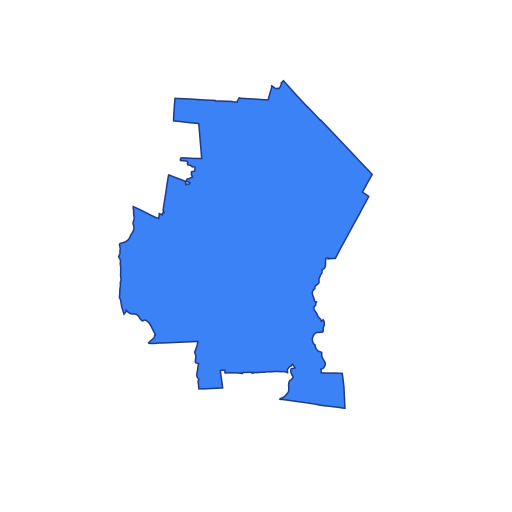 Vidra, Ilfov, Romania, rotated 56°
{"feature_id": "2599482B96476332132739", "entity_name": "Vidra", "entity_type": "district", "adm_level": 2, "iso_a3": "ROU", "parent_name": "Romania", "parent_adm1": "Ilfov", "projection": "robinson", "projection_center": [26.154, 44.284], "detail": "fine", "context": "isolated", "style": "filled", "palette": "blue", "viewbox_px": 512, "rotation_deg": 56, "n_neighbors": 0, "source": "geoboundaries", "source_scale": "gbopen_adm2", "svg_char_len": 6104}
<svg xmlns="http://www.w3.org/2000/svg" viewBox="0 0 512 512"><g transform="rotate(56 256 256)"><path d="M179.9,370.4L181.2,370.4L183.1,370.6L184.5,371.2L186.5,372.9L189.6,374.4L193.1,376.8L196.6,379.3L199.6,380.8L200.7,381.5L201.8,383.1L204.9,385.1L207.1,387.2L210.7,389.8L213.6,392.1L214.6,392.6L216.6,392.8L218.1,393.5L223.1,395.8L230.4,397.9L229.3,394.3L228.6,393.9L230.0,393.7L230.4,393.6L231.8,393.1L232.5,392.9L233.5,392.4L234.0,392.0L234.9,390.9L235.9,389.5L236.3,388.9L237.3,388.1L237.9,387.7L238.7,387.4L239.3,387.2L240.1,387.1L242.2,387.1L244.0,387.2L245.5,386.8L246.1,386.5L246.6,386.2L246.5,385.4L246.6,384.7L246.9,384.1L247.9,383.0L252.1,382.0L255.9,382.3L265.1,383.5L265.0,384.0L265.5,384.7L266.7,385.8L267.9,393.6L268.4,393.6L269.4,392.7L270.1,391.5L272.2,388.3L272.7,387.5L272.9,386.8L277.8,379.0L294.3,352.0L297.0,354.5L299.8,358.2L301.4,360.6L301.8,360.8L302.8,361.1L304.3,361.3L305.2,361.6L307.9,363.9L309.1,365.1L310.1,365.6L310.7,365.7L312.7,364.2L313.3,363.8L315.6,366.3L317.3,367.7L319.5,369.9L321.4,371.6L322.7,372.3L324.1,372.5L325.6,372.4L326.3,372.5L326.8,372.9L327.2,373.9L328.2,374.6L330.3,375.5L334.2,377.7L337.0,373.5L342.8,364.0L346.7,357.4L346.2,357.1L345.0,356.5L330.8,349.6L333.2,345.7L334.5,346.5L335.7,347.0L338.5,342.6L342.2,337.2L345.7,333.1L344.9,332.7L347.0,329.2L348.0,327.7L350.0,324.6L350.8,324.9L351.7,323.3L351.3,323.1L353.0,320.4L353.2,320.5L353.7,319.7L354.0,318.8L357.2,313.8L357.7,312.7L358.7,310.7L359.6,309.6L360.1,308.8L361.6,306.2L361.7,305.9L362.2,305.1L362.7,304.4L363.5,303.1L364.3,301.9L364.7,301.6L366.8,298.6L367.9,296.8L368.1,296.7L370.4,295.1L369.6,294.5L368.3,293.9L367.4,292.9L366.5,289.8L366.9,288.4L366.3,287.1L366.2,286.2L370.6,286.2L370.2,287.7L369.6,288.7L369.3,289.2L369.3,290.1L370.3,291.2L371.0,291.5L372.2,292.3L373.5,292.3L375.3,292.9L376.4,292.6L377.0,292.9L377.5,293.2L377.7,293.8L377.8,294.6L378.3,296.0L378.4,296.5L378.2,297.4L378.3,298.0L378.7,298.7L379.5,299.7L380.4,300.5L381.3,301.2L381.9,301.6L383.8,302.6L384.6,303.3L386.1,304.4L386.8,305.3L387.5,306.9L388.2,310.0L388.4,311.0L388.4,311.6L388.4,312.5L388.4,313.4L388.1,314.3L387.9,315.0L387.8,315.7L387.9,316.1L388.0,316.3L388.6,316.0L388.7,315.7L388.9,315.3L389.2,314.9L395.7,307.6L399.3,303.7L407.2,294.8L409.2,292.7L411.7,289.9L412.6,289.1L413.1,288.6L413.7,288.0L415.6,286.3L416.6,285.0L419.3,282.1L420.7,280.2L424.5,275.9L426.6,273.4L426.9,273.0L428.0,271.8L430.6,269.1L432.0,267.4L413.5,256.2L401.6,250.1L397.3,255.8L393.6,261.4L391.3,264.5L389.5,267.2L386.1,265.5L386.5,264.4L386.6,262.9L385.7,260.5L384.9,259.5L384.0,258.7L383.1,258.3L377.8,257.9L375.5,257.3L373.9,256.3L373.3,255.7L372.8,255.5L371.9,255.9L369.8,257.6L366.9,258.1L365.3,257.8L363.7,257.3L362.6,256.7L361.3,257.3L361.0,257.3L360.4,257.2L359.2,257.1L358.8,257.0L357.1,256.2L355.9,255.4L355.6,255.2L355.0,254.2L354.2,253.2L353.5,251.8L353.2,249.8L353.3,248.6L354.6,246.5L356.3,243.4L355.9,242.4L353.4,240.5L352.8,239.9L352.6,239.6L351.4,237.9L349.2,236.6L348.4,236.3L348.3,236.1L346.4,236.0L346.7,238.3L344.3,237.8L343.6,238.0L342.8,238.2L342.4,238.2L341.4,238.5L339.3,238.1L337.8,237.8L332.6,237.8L332.3,237.7L331.4,237.0L330.5,235.9L330.4,235.1L330.0,233.9L327.9,232.3L328.0,232.1L328.2,231.8L327.9,231.6L327.7,232.0L326.1,232.6L325.0,232.4L324.9,232.2L324.5,231.8L323.9,231.8L320.0,230.8L318.9,230.4L317.7,229.7L317.0,229.0L316.6,228.2L316.3,227.3L316.0,226.8L316.0,226.5L316.1,225.7L315.7,225.2L315.1,224.8L314.7,224.5L314.2,223.7L314.0,223.2L313.9,221.1L313.8,220.1L313.5,219.1L313.2,218.7L312.9,218.3L310.9,217.1L309.8,216.3L309.6,215.9L309.6,215.5L309.3,215.0L308.8,214.4L308.2,213.8L307.9,213.4L307.5,212.3L307.0,210.8L305.8,210.0L304.8,209.1L304.4,208.5L304.6,207.2L304.5,206.3L304.0,205.2L302.8,203.8L300.3,202.0L299.2,201.4L296.9,199.1L298.2,197.1L298.5,197.5L298.8,197.8L299.4,196.4L302.4,191.6L297.4,182.5L292.2,172.4L285.3,159.2L281.0,150.8L279.3,147.3L277.0,143.2L269.7,129.2L262.6,132.0L257.8,122.9L253.4,114.1L239.8,116.3L236.1,117.0L229.1,118.1L221.5,119.3L179.7,126.3L179.8,126.7L161.3,129.8L161.4,130.0L145.8,132.5L139.0,133.4L130.0,134.7L126.0,135.2L126.6,138.2L127.0,138.1L127.3,138.7L127.9,139.2L129.0,140.6L130.0,143.1L129.1,144.1L129.3,144.5L127.7,146.4L125.1,147.2L123.9,147.7L123.7,147.9L125.0,148.7L125.7,149.5L132.0,157.2L132.6,157.7L133.5,158.2L132.0,160.6L125.6,168.7L121.2,174.6L116.4,180.8L115.7,181.1L115.5,181.3L115.7,181.6L116.5,183.7L117.2,184.9L117.9,185.5L115.3,188.9L114.6,189.3L113.5,190.7L112.9,191.6L108.2,198.0L104.9,202.9L104.7,203.0L104.2,202.9L104.0,203.1L97.7,211.7L89.8,221.8L80.0,235.0L84.1,238.3L93.1,245.3L97.9,248.8L101.9,243.9L103.8,241.8L110.7,233.7L111.4,232.6L112.1,231.8L114.2,229.4L144.8,246.5L142.5,249.9L139.2,254.5L135.8,258.9L132.9,262.9L132.7,263.6L133.9,265.0L134.6,265.2L135.9,263.6L136.9,262.4L137.4,261.7L138.8,260.3L139.1,260.2L139.6,260.1L140.5,260.6L141.1,261.3L141.6,261.4L142.3,261.5L142.8,261.1L143.4,260.3L144.7,259.4L145.4,259.3L146.6,258.9L146.8,258.6L147.1,257.8L147.6,257.3L148.3,256.9L151.4,259.3L150.2,262.0L150.2,262.4L150.4,262.7L152.1,263.9L155.1,264.6L154.5,267.7L154.2,268.8L153.9,269.5L153.8,270.3L153.9,270.7L154.8,271.5L155.5,271.8L156.2,271.2L158.2,269.8L158.6,270.0L158.9,270.6L159.0,271.2L158.8,271.7L158.2,272.4L157.9,272.9L157.8,273.6L157.7,273.7L157.7,274.2L156.5,273.6L154.4,272.8L144.6,279.8L140.0,282.9L140.0,283.1L140.2,283.4L144.9,287.9L147.8,290.6L151.6,294.0L166.0,307.4L168.4,307.7L168.7,308.1L167.9,308.6L168.1,309.1L168.4,309.7L169.5,310.8L166.8,312.4L170.5,315.7L168.0,317.5L167.9,317.6L163.3,320.4L157.8,323.4L152.3,326.5L152.2,326.6L146.4,330.1L147.2,330.7L147.4,330.8L147.1,330.8L149.8,332.0L152.3,333.7L154.8,335.0L155.7,335.4L156.7,335.9L157.2,336.4L159.4,339.1L160.1,339.7L160.7,340.0L161.3,340.2L162.8,340.5L163.5,341.0L164.2,341.2L164.7,341.5L165.2,342.0L166.6,343.9L167.4,345.2L168.6,348.1L169.8,349.9L170.2,350.6L170.9,352.0L171.1,353.1L171.3,356.2L169.9,360.8L169.7,361.6L169.7,362.0L169.9,362.5L170.2,362.8L170.7,363.1L172.9,363.9L174.2,364.6L175.3,365.6L176.0,366.2L176.7,366.6L177.2,366.8L177.6,367.0L179.9,370.4Z" fill="#3b82f6" stroke="#1e3a8a" stroke-width="1.5"/></g></svg>